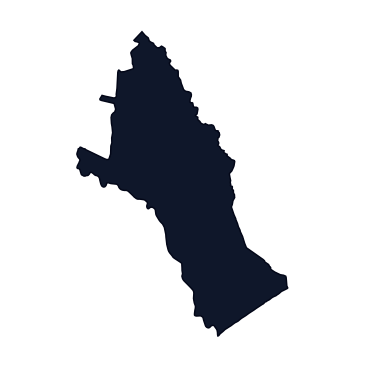 Tiquisate, Escuintla, Guatemala (orthographic projection), rotated 304°
{"feature_id": "79465075B69803572716764", "entity_name": "Tiquisate", "entity_type": "district", "adm_level": 2, "iso_a3": "GTM", "parent_name": "Guatemala", "parent_adm1": "Escuintla", "projection": "orthographic", "projection_center": [-91.43, 14.173], "detail": "fine", "context": "isolated", "style": "filled", "palette": "ink", "viewbox_px": 384, "rotation_deg": 304, "n_neighbors": 0, "source": "geoboundaries", "source_scale": "gbopen_adm2", "svg_char_len": 5993}
<svg xmlns="http://www.w3.org/2000/svg" viewBox="0 0 384 384"><g transform="rotate(304 192 192)"><path d="M296.0,86.4L295.8,85.1L293.6,84.4L292.4,83.1L292.1,82.1L292.7,78.5L293.7,76.9L293.2,73.7L293.4,72.0L295.3,69.5L295.6,65.6L296.9,60.9L285.3,59.0L285.0,60.6L285.9,62.8L286.2,64.7L285.5,65.4L283.2,65.7L276.3,63.4L274.2,63.3L273.1,63.5L271.6,65.1L269.3,67.9L265.0,70.9L264.1,72.5L262.4,74.0L261.3,74.3L260.8,74.0L256.2,70.4L253.8,68.5L251.8,65.9L252.2,63.2L251.2,63.0L249.7,63.6L235.9,71.9L230.7,74.5L229.7,75.3L229.3,75.8L227.3,75.8L226.1,74.4L224.9,71.4L223.1,67.1L221.8,63.4L217.6,63.6L217.0,64.2L217.2,65.5L221.9,77.9L218.0,82.4L215.2,83.2L213.2,82.5L211.0,82.3L208.5,83.3L203.8,86.9L201.3,89.3L196.7,93.1L191.9,95.2L187.9,98.1L184.8,99.0L178.0,103.3L172.9,104.7L172.3,104.5L171.2,103.2L170.7,101.1L167.7,80.5L167.9,79.0L167.3,78.1L166.9,74.7L166.5,74.2L165.0,74.2L164.3,73.6L163.1,74.0L162.5,74.3L160.8,74.7L159.4,75.2L158.8,75.6L158.3,76.3L157.8,76.9L157.2,77.9L156.9,78.8L156.5,80.4L156.2,80.8L155.8,81.3L155.4,81.5L154.5,81.6L153.6,81.8L152.9,82.0L151.8,82.1L151.1,82.2L149.5,82.4L149.1,82.5L148.7,82.7L148.1,82.9L147.8,83.1L147.6,83.5L147.6,84.2L147.8,84.5L148.1,85.1L148.1,85.6L147.9,86.2L147.7,86.7L145.3,89.6L144.9,90.1L144.6,90.7L144.5,91.1L144.6,91.6L144.7,92.5L144.7,92.9L144.8,93.5L145.1,94.0L145.4,94.4L145.7,94.7L146.3,95.0L146.7,95.5L147.4,96.3L147.7,96.5L148.0,96.6L148.6,96.7L149.2,96.8L149.8,96.8L150.6,96.7L151.1,96.8L151.5,96.9L152.0,97.4L152.1,97.7L152.1,98.9L152.1,99.6L151.8,101.4L151.8,101.9L151.8,102.4L151.9,102.9L152.3,103.7L152.4,104.3L152.5,105.1L152.5,105.5L152.5,105.9L152.3,106.3L152.0,107.1L151.7,107.5L151.0,108.3L150.1,109.2L147.7,111.9L146.6,113.7L146.5,114.3L146.5,115.2L146.6,115.7L147.1,116.4L147.6,116.8L148.1,116.9L148.6,117.0L149.1,117.0L149.6,117.0L150.0,116.9L151.2,116.5L151.9,116.5L152.3,116.8L152.8,117.4L153.0,117.8L153.5,119.7L153.9,120.5L155.9,124.3L156.2,124.8L156.4,125.5L156.3,126.3L156.2,126.8L155.8,127.7L155.0,128.8L154.7,129.5L154.5,130.2L154.4,130.7L154.4,131.4L154.4,132.1L154.6,132.8L154.8,133.5L155.1,134.1L155.5,135.0L156.1,135.9L156.5,136.4L156.7,136.9L157.0,138.1L156.9,139.5L156.4,142.6L155.9,145.4L155.5,147.1L155.5,148.6L155.4,149.3L155.5,150.0L155.6,150.5L155.8,151.0L156.8,152.5L158.2,155.3L158.6,156.2L158.9,156.8L158.9,157.2L158.9,157.9L158.6,160.1L158.4,160.7L158.2,161.0L157.9,161.4L157.2,161.6L155.2,162.3L154.6,162.7L154.2,163.1L153.8,163.6L153.6,164.1L153.5,164.7L153.9,165.4L155.5,165.8L155.9,166.1L156.3,166.4L156.6,166.7L156.9,167.1L157.2,167.8L157.3,168.4L157.3,169.8L157.2,170.4L157.0,170.9L156.7,171.5L156.4,171.8L153.4,174.5L153.1,174.9L152.5,175.8L150.9,179.2L150.1,181.0L149.6,182.7L149.2,184.6L149.0,185.6L147.2,188.9L146.9,189.2L142.1,194.1L140.0,195.7L134.4,200.5L130.7,204.6L129.7,206.1L129.3,207.1L129.1,207.5L128.9,208.1L128.5,209.6L127.8,211.7L127.4,212.6L127.3,213.1L127.2,214.4L127.3,221.9L127.2,222.8L127.1,223.2L126.8,223.7L126.5,223.9L123.7,226.0L121.3,227.7L119.2,229.7L118.7,230.0L117.5,230.4L117.1,230.5L116.5,230.8L115.1,232.4L114.5,233.4L114.2,234.1L114.0,234.8L113.8,235.4L113.0,239.6L112.0,244.4L111.4,246.8L111.1,247.8L110.6,248.7L110.0,249.4L109.2,250.1L107.7,251.0L104.6,252.8L102.8,254.5L101.3,256.0L99.7,258.2L99.0,258.9L98.7,259.1L97.2,259.9L95.7,260.5L92.9,261.9L91.8,262.6L91.4,262.9L91.2,263.4L91.3,264.1L91.5,264.7L92.1,265.6L94.0,268.1L94.2,268.6L94.3,269.9L94.3,270.3L94.2,271.0L94.0,271.4L93.2,272.3L92.1,273.5L88.8,277.8L88.5,278.3L88.3,278.7L88.2,279.3L88.1,279.9L88.2,280.7L88.4,281.2L88.7,281.8L89.3,282.2L90.1,282.5L91.8,282.8L92.8,283.4L93.2,284.1L93.4,284.5L93.5,285.2L93.3,285.9L93.0,286.4L92.2,288.6L91.5,290.0L90.0,291.5L87.9,293.1L87.1,293.9L87.5,294.3L88.3,294.5L90.3,294.6L91.5,295.0L93.9,295.7L96.6,296.3L98.6,297.2L100.3,297.9L103.2,299.2L103.8,299.4L104.5,299.6L107.6,300.7L109.7,301.9L111.0,302.5L113.3,303.1L115.1,303.7L119.4,305.6L120.8,306.1L123.3,307.0L129.2,309.5L131.2,310.2L134.8,311.7L138.4,313.2L139.0,313.6L139.4,313.7L140.4,313.9L141.0,313.9L141.5,314.0L142.6,314.8L143.2,315.0L143.6,315.1L144.4,315.5L145.8,316.3L147.0,316.7L148.4,317.1L149.7,317.6L150.4,318.0L151.3,318.5L151.7,318.7L152.5,319.3L152.8,319.5L154.8,320.2L155.6,320.6L157.1,321.1L157.6,321.2L158.8,321.5L159.7,321.8L163.4,323.9L164.3,324.4L165.0,324.8L165.3,324.9L166.0,325.0L167.2,323.1L171.6,319.6L173.8,317.8L174.6,316.8L174.2,314.5L172.8,311.5L171.9,305.3L171.9,300.8L172.3,300.1L173.1,299.7L173.6,298.8L173.7,297.8L174.7,296.0L174.7,291.7L175.5,290.5L175.8,288.8L176.2,268.3L178.9,264.3L183.3,258.9L186.1,254.3L187.3,253.0L189.1,249.9L191.3,247.3L193.7,243.7L194.3,243.2L196.7,239.4L201.6,233.0L204.1,232.4L207.7,230.8L211.2,230.5L212.4,229.5L213.4,228.8L214.5,226.8L216.6,225.3L216.7,223.4L217.5,223.4L218.9,222.5L219.1,222.1L218.7,220.9L218.8,220.3L219.6,220.1L221.3,218.4L223.1,217.6L225.0,215.6L227.7,213.0L228.3,212.7L231.7,213.2L235.3,212.6L237.1,212.2L241.1,210.4L241.7,209.6L241.4,207.9L241.0,207.2L241.1,205.1L241.4,204.7L241.5,200.6L242.0,200.7L242.9,200.0L242.6,199.0L242.5,196.3L244.2,195.5L243.6,193.5L243.6,192.0L244.5,190.5L245.0,189.5L245.0,187.7L245.4,187.2L246.9,187.1L247.9,186.4L249.0,184.4L250.7,183.7L251.3,183.2L252.4,183.7L254.8,183.0L256.4,181.3L256.3,180.2L256.8,179.8L257.2,179.8L257.2,179.3L256.2,177.5L256.3,177.0L256.4,176.5L258.6,173.5L259.0,172.3L258.7,170.8L257.5,169.3L256.6,168.4L256.4,167.1L256.1,164.8L255.3,164.6L254.4,163.7L254.0,161.1L254.9,159.0L255.3,156.2L257.2,155.0L257.1,152.2L257.9,151.9L259.0,152.5L259.8,152.4L263.9,150.6L264.8,149.7L264.8,148.5L263.6,146.5L263.6,145.4L266.1,142.9L266.1,142.1L265.5,141.5L265.4,140.2L266.7,139.1L269.5,138.1L270.6,138.0L272.3,137.1L273.5,135.7L273.3,133.4L271.9,130.3L272.2,127.7L273.2,126.4L276.1,122.3L278.4,119.9L279.9,116.1L284.0,113.3L284.9,112.3L284.7,111.4L283.6,109.9L284.9,102.7L286.2,101.1L288.3,101.2L289.0,100.7L289.3,100.2L289.0,98.5L288.9,96.9L290.2,94.4L291.2,93.4L293.1,92.5L293.7,91.0L295.9,89.4L296.0,86.4Z" fill="#0f172a" stroke="#020617" stroke-width="1.5"/></g></svg>